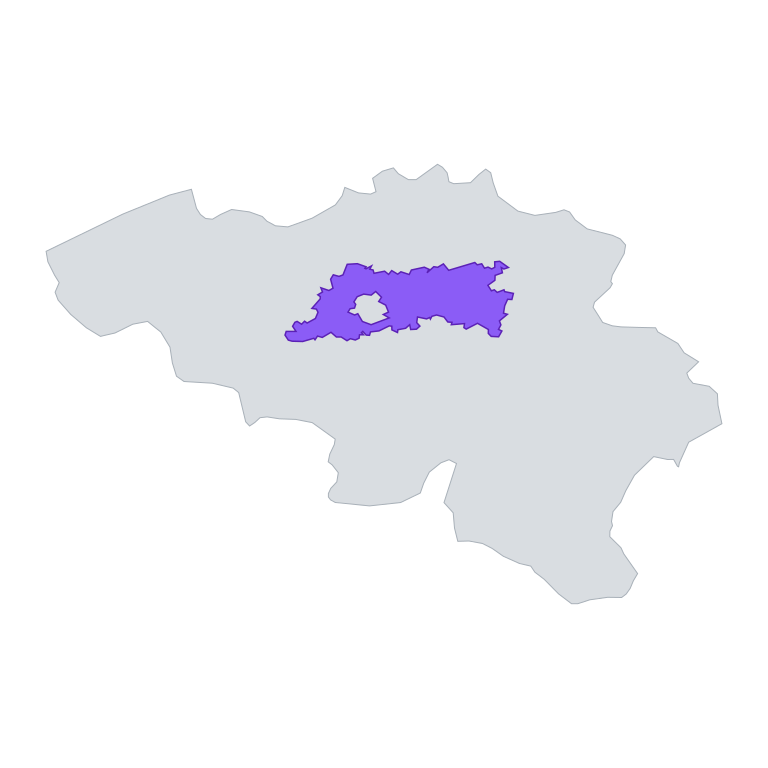 Flemish Brabant on a map of Belgium (Robinson projection)
{"feature_id": "BEL-3475", "entity_name": "Flemish Brabant", "entity_type": "Province", "adm_level": 1, "iso_a3": "BEL", "parent_name": "Belgium", "parent_adm1": "", "projection": "robinson", "projection_center": [4.536, 50.87], "detail": "medium", "context": "in_parent", "style": "filled", "palette": "violet", "viewbox_px": 768, "rotation_deg": 0, "n_neighbors": 0, "source": "natural_earth", "source_scale": "10m", "svg_char_len": 3955}
<svg xmlns="http://www.w3.org/2000/svg" viewBox="0 0 768 768"><path d="M344.8,187.4L358.5,192.9L370.6,194.1L376.0,191.7L372.6,178.3L382.4,171.2L393.4,167.9L398.3,173.7L408.3,179.6L416.2,179.6L437.5,164.3L442.5,167.3L447.1,172.8L448.1,177.2L448.9,181.7L453.7,183.7L470.5,182.7L479.0,174.4L485.7,169.1L490.7,172.7L493.2,182.9L497.9,196.2L517.9,211.1L534.9,215.4L555.7,212.4L564.0,209.8L569.6,212.0L575.2,219.9L587.2,228.9L612.4,235.3L620.2,238.9L625.6,245.0L624.2,253.6L612.3,275.2L610.8,281.6L612.4,283.7L610.1,287.7L594.5,302.2L593.1,307.3L598.4,315.6L602.7,322.5L602.8,322.5L612.2,325.8L621.0,326.9L637.8,327.4L655.6,327.8L657.8,331.9L677.9,343.5L684.1,352.8L698.6,361.8L686.8,373.1L688.7,378.2L693.0,383.3L709.2,386.3L717.4,393.8L718.0,405.2L721.9,423.7L688.7,442.2L679.4,462.8L678.6,466.8L677.4,466.2L673.6,459.4L667.6,459.5L653.7,456.6L634.5,475.2L625.8,490.7L620.7,502.3L613.0,511.6L611.5,521.5L612.5,525.7L609.9,531.1L609.8,536.7L621.0,547.8L623.8,553.9L637.6,573.6L633.4,580.7L630.1,588.5L626.2,594.0L621.6,597.5L607.6,597.3L589.8,599.8L577.8,603.7L571.5,603.7L558.6,593.9L544.1,579.2L534.9,572.2L530.8,566.1L519.5,563.5L503.4,556.3L492.1,548.4L482.5,543.5L469.0,541.0L457.8,541.3L454.5,528.0L453.2,512.8L444.0,502.6L456.5,463.5L449.0,459.7L440.9,462.8L429.3,472.1L423.7,483.2L420.3,493.0L400.7,502.5L369.5,505.9L335.3,502.5L330.6,499.9L328.4,497.0L328.4,493.5L330.8,488.3L336.8,481.9L338.3,472.7L332.2,464.9L328.2,461.8L329.8,454.1L334.3,444.6L335.2,439.1L312.2,422.6L295.6,419.4L279.4,418.8L267.1,416.9L260.0,417.7L254.8,422.5L249.6,426.0L245.7,421.8L238.7,392.6L233.2,388.1L212.3,383.2L184.0,381.5L176.5,376.2L172.4,363.0L170.0,347.2L160.8,332.0L156.0,328.2L147.6,321.4L132.8,324.2L115.0,333.0L104.5,335.4L100.5,336.4L86.4,327.8L70.7,314.4L58.1,300.1L55.1,292.2L59.2,282.6L54.6,275.2L47.9,261.8L46.1,251.3L122.8,214.1L169.4,195.1L191.4,189.3L196.5,208.4L200.4,214.5L205.6,218.5L212.5,219.2L220.5,214.5L231.6,209.5L249.4,211.9L262.3,216.5L266.9,221.2L275.4,225.8L287.9,226.9L312.1,218.2L335.4,204.9L342.2,195.7L344.8,187.4Z" fill="#d9dde1" stroke="#a8b0b8" stroke-width="1"/><path d="M322.3,337.4L317.5,336.1L315.0,339.8L313.8,338.3L302.7,341.5L292.1,341.2L288.3,340.1L285.0,335.1L286.2,331.4L296.0,331.4L292.6,326.3L294.9,322.3L297.1,321.4L301.6,324.2L304.6,321.2L307.1,323.0L315.4,318.5L318.0,312.3L316.4,309.1L311.9,308.4L320.2,298.9L320.3,296.6L317.8,294.8L322.5,292.0L320.9,287.8L328.9,290.5L333.0,288.2L330.6,279.2L333.3,274.8L339.0,276.4L343.0,274.9L347.2,264.3L357.4,263.7L366.1,266.8L364.9,268.3L366.0,268.8L371.5,265.9L369.8,269.2L373.1,270.0L374.0,273.3L384.6,271.2L388.6,274.4L391.7,270.6L397.7,274.2L400.9,271.8L409.2,274.5L411.4,270.0L424.3,267.2L429.0,269.3L427.0,272.8L433.8,266.7L437.7,267.3L443.4,263.9L448.7,270.3L474.8,262.5L477.2,264.8L481.7,263.8L484.5,268.2L488.0,267.1L491.7,268.9L494.8,267.3L494.7,261.8L499.7,261.3L508.4,267.5L503.9,269.0L501.3,267.6L502.4,272.8L495.1,275.4L494.9,280.3L487.9,285.3L491.4,290.8L494.3,289.8L497.2,292.4L504.0,289.8L504.6,291.6L513.4,293.4L511.9,299.5L507.6,299.3L504.7,305.8L503.5,313.2L507.4,314.3L499.4,320.9L500.9,324.9L498.5,329.4L501.9,331.0L498.6,336.8L491.2,336.4L488.3,333.4L488.4,329.5L477.5,323.3L466.2,329.1L463.9,327.6L464.5,323.6L451.3,324.7L452.0,322.3L447.8,322.0L444.0,317.0L436.6,315.0L431.9,316.3L430.4,319.1L429.7,317.5L426.6,318.9L417.5,317.0L416.7,322.6L419.9,326.1L416.5,329.2L410.7,329.5L409.7,324.7L405.6,328.3L397.9,329.7L397.5,332.5L391.9,329.9L391.8,326.2L389.2,325.9L379.0,330.9L370.5,331.9L369.5,335.3L366.2,335.1L362.8,331.4L361.5,332.6L363.4,334.8L359.5,334.8L359.1,338.2L355.3,340.0L350.4,338.7L347.0,340.7L341.2,337.0L336.4,337.0L331.0,332.3L322.3,337.4ZM389.2,317.9L383.3,314.5L388.5,312.1L385.7,305.1L378.7,301.5L381.5,297.2L375.7,291.5L371.2,295.1L363.7,294.1L357.2,296.7L353.9,301.9L355.7,304.4L354.5,308.1L350.1,308.7L348.0,312.1L354.6,315.0L357.8,313.7L362.4,321.5L371.1,324.7L389.2,317.9Z" fill="#8b5cf6" stroke="#5b21b6" stroke-width="1.5"/></svg>